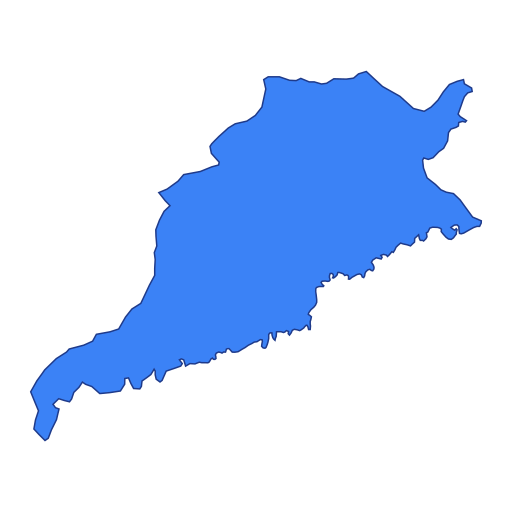 outline of Jaedae, Sinoe, Liberia
{"feature_id": "62588387B27805419534049", "entity_name": "Jaedae", "entity_type": "district", "adm_level": 2, "iso_a3": "LBR", "parent_name": "Liberia", "parent_adm1": "Sinoe", "projection": "natural_earth1", "projection_center": [-8.506, 5.086], "detail": "fine", "context": "isolated", "style": "filled", "palette": "blue", "viewbox_px": 512, "rotation_deg": 0, "n_neighbors": 0, "source": "geoboundaries", "source_scale": "gbopen_adm2", "svg_char_len": 4576}
<svg xmlns="http://www.w3.org/2000/svg" viewBox="0 0 512 512"><path d="M462.1,80.0L457.2,81.3L449.4,84.5L443.4,91.8L438.0,100.1L431.1,107.1L424.2,111.3L413.4,108.5L399.9,96.3L382.5,86.5L373.8,78.5L366.3,71.5L358.5,73.9L353.6,78.1L351.7,78.4L346.4,79.1L333.8,78.8L326.6,83.3L321.5,84.0L314.3,81.9L309.2,81.9L300.8,78.4L296.2,80.6L289.6,80.3L279.4,76.8L268.2,76.8L263.7,79.6L265.8,89.0L261.9,107.1L255.3,115.5L254.2,116.2L246.9,121.1L235.2,123.8L228.3,128.0L219.0,136.4L215.2,140.2L211.8,143.7L210.0,146.4L211.4,153.4L219.2,162.2L218.6,165.0L211.9,166.8L200.3,171.5L183.7,174.6L178.0,181.2L167.1,189.1L158.8,192.6L165.2,200.7L170.0,205.7L164.1,211.3L159.5,220.1L155.8,229.8L156.0,236.3L156.8,246.0L154.3,252.6L155.2,259.5L154.7,268.5L154.7,275.4L149.4,285.2L148.7,286.7L143.0,298.8L140.8,303.4L131.9,309.0L125.5,317.1L118.7,329.0L110.1,331.8L96.4,334.3L95.6,335.7L92.6,341.2L83.7,345.2L69.2,349.0L66.5,352.1L56.3,358.6L44.7,369.9L42.2,373.5L36.9,380.8L30.7,391.8L35.0,402.4L38.5,410.8L36.7,416.3L35.5,419.9L33.9,429.0L36.7,432.0L38.8,434.3L45.0,440.5L48.2,438.3L48.5,437.6L51.4,429.9L56.5,419.6L57.7,414.4L59.0,409.0L55.5,407.7L53.0,404.3L58.7,398.7L64.3,400.5L69.5,401.8L71.6,399.0L73.8,392.4L78.9,387.4L82.4,382.1L85.6,384.3L91.8,386.5L99.7,393.5L100.4,393.5L109.9,392.6L120.4,391.0L124.7,384.2L124.8,378.5L128.5,377.9L130.9,383.5L133.6,388.5L139.8,388.9L141.4,386.4L142.0,381.0L146.8,377.6L150.9,374.5L154.1,369.2L155.2,371.1L155.2,374.8L156.2,379.2L160.0,382.0L162.1,380.4L166.2,371.1L174.5,368.3L180.7,366.1L182.3,363.6L179.4,359.8L181.3,358.9L183.7,359.8L185.6,366.1L189.9,363.6L195.0,363.9L198.0,362.7L199.4,362.2L201.7,362.7L205.1,362.7L207.9,362.8L209.2,362.0L211.2,358.7L211.8,358.5L212.4,358.1L213.4,359.3L214.9,359.4L216.0,358.5L215.8,356.5L215.4,354.9L216.3,353.1L218.7,352.0L221.4,352.7L222.0,353.1L223.6,352.0L225.5,352.1L225.8,351.3L226.4,349.1L227.5,348.7L229.0,348.6L230.5,350.2L232.2,352.1L234.8,352.2L238.1,351.7L242.5,349.0L245.0,347.6L248.4,345.2L251.9,343.5L254.2,342.1L257.0,341.7L260.3,339.6L262.1,339.8L262.4,341.3L261.9,343.9L261.6,346.3L263.1,347.9L265.0,348.2L266.0,347.5L267.2,344.6L267.9,342.3L268.7,338.5L268.7,334.4L270.1,332.8L271.9,332.9L272.0,334.9L272.8,337.6L273.6,339.0L275.0,340.3L275.4,338.4L276.2,336.4L276.4,333.5L276.5,331.8L277.7,331.7L281.0,331.7L283.5,332.5L284.9,332.0L286.4,330.6L288.6,331.5L288.2,333.7L289.5,335.1L291.2,332.8L292.3,330.3L294.3,329.3L297.2,329.8L299.7,330.6L301.2,329.8L303.8,327.9L304.7,326.7L306.1,325.3L307.0,325.3L307.9,326.8L308.6,329.5L310.2,329.5L310.5,326.0L310.2,323.9L310.2,321.5L310.8,319.7L311.4,316.8L309.8,315.4L308.3,314.4L308.7,312.8L310.9,309.7L313.8,307.2L315.5,305.1L316.7,302.3L316.7,299.7L316.2,295.1L315.7,291.7L315.8,288.6L316.5,287.5L318.7,286.6L320.0,286.5L323.3,286.5L323.8,285.8L322.0,284.1L321.1,282.4L322.1,281.2L325.2,281.0L327.9,281.4L329.3,281.0L330.1,279.9L329.4,277.3L329.5,275.6L330.2,273.5L331.9,273.4L333.1,274.4L333.4,276.1L332.6,277.8L333.6,278.0L335.5,276.6L337.1,274.9L337.8,272.5L339.0,272.4L341.3,273.1L343.2,273.8L344.7,275.5L346.7,274.9L348.0,275.4L348.6,276.7L348.5,279.1L349.7,279.2L352.0,277.3L354.0,276.2L357.0,274.5L359.5,273.9L361.3,274.7L362.3,277.0L363.7,277.6L364.6,276.0L365.0,273.5L365.8,271.8L367.8,269.9L369.9,269.3L371.3,270.5L372.7,270.8L373.9,269.0L374.0,267.2L373.3,265.1L371.4,262.3L372.2,261.0L372.7,260.1L376.2,257.8L380.4,258.8L381.2,259.0L382.1,257.3L380.8,255.4L383.5,254.4L386.4,255.1L387.5,256.5L388.9,255.2L389.4,254.7L391.9,251.7L393.3,252.4L394.9,249.8L396.0,247.3L398.0,245.3L400.6,243.1L403.1,243.9L407.2,244.8L410.5,245.9L412.3,244.1L414.5,242.1L414.7,238.4L418.6,234.8L419.4,238.6L420.3,240.4L422.6,240.4L423.6,241.0L425.9,238.8L427.0,236.8L426.4,232.7L427.8,232.1L429.8,228.1L432.6,227.2L437.5,227.4L439.7,228.0L441.4,229.2L441.2,231.6L443.2,234.1L446.0,237.2L448.4,239.0L451.3,239.4L453.5,237.8L455.1,235.6L456.3,234.1L456.3,232.5L457.1,229.8L456.2,228.7L454.8,230.2L452.3,228.7L450.9,227.4L454.3,225.1L457.1,224.9L458.8,226.5L459.0,230.2L459.5,233.4L461.2,233.8L463.7,233.1L469.1,230.0L473.7,227.5L476.9,226.4L479.6,226.4L481.2,223.1L481.3,220.8L479.4,220.0L472.6,217.1L464.2,205.6L460.1,199.9L453.5,193.6L446.3,192.2L440.9,189.8L435.5,184.5L427.1,177.9L423.5,168.1L422.6,160.1L423.8,158.0L428.3,159.4L433.1,157.7L438.8,151.7L443.6,148.3L447.6,140.9L448.5,132.6L450.9,129.1L456.0,127.4L458.4,126.0L458.7,122.5L462.6,121.4L465.3,122.1L466.5,120.7L460.2,116.6L458.1,114.1L461.1,105.7L462.9,100.5L464.4,96.7L467.7,92.9L472.2,91.5L471.6,88.0L464.4,83.8L463.5,79.6L462.1,80.0Z" fill="#3b82f6" stroke="#1e3a8a" stroke-width="1.5"/></svg>